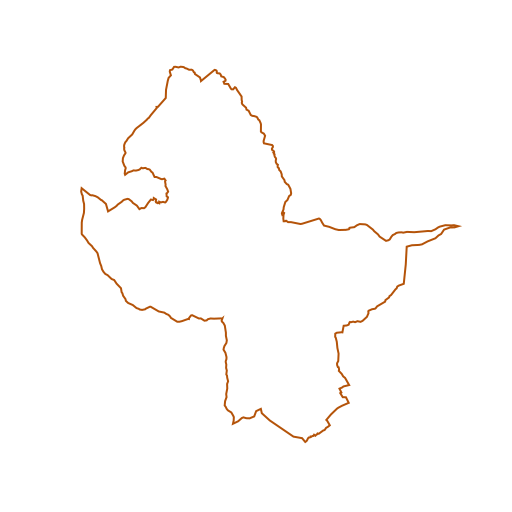 the district of Panaci, Suceava, Romania, rotated 196°
{"feature_id": "2599482B10170445838699", "entity_name": "Panaci", "entity_type": "district", "adm_level": 2, "iso_a3": "ROU", "parent_name": "Romania", "parent_adm1": "Suceava", "projection": "orthographic", "projection_center": [25.439, 47.202], "detail": "fine", "context": "isolated", "style": "outline", "palette": "amber", "viewbox_px": 512, "rotation_deg": 196, "n_neighbors": 0, "source": "geoboundaries", "source_scale": "gbopen_adm2", "svg_char_len": 6112}
<svg xmlns="http://www.w3.org/2000/svg" viewBox="0 0 512 512"><g transform="rotate(196 256 256)"><path d="M347.1,423.5L357.1,409.0L357.5,409.9L359.1,412.2L364.8,414.1L365.5,415.4L366.4,415.5L367.5,416.7L368.4,417.2L369.4,417.3L371.7,416.6L374.4,417.1L375.7,417.0L377.4,417.6L378.1,417.6L380.6,417.2L382.4,415.9L385.6,415.7L386.9,415.2L387.8,412.2L389.9,410.9L389.7,409.4L387.6,406.2L389.1,403.2L389.1,400.1L388.3,391.0L386.3,383.0L391.4,372.3L392.7,371.9L392.2,370.9L396.0,362.3L397.1,359.2L398.0,358.2L398.4,357.1L401.0,352.9L406.0,346.1L406.9,344.5L407.4,343.1L408.5,338.7L411.4,333.9L412.2,331.0L413.0,329.3L413.2,327.8L413.3,326.2L412.8,324.3L412.4,323.8L412.3,322.6L411.7,321.4L409.9,319.4L409.8,318.8L410.6,316.3L410.9,313.4L410.2,310.1L407.4,306.4L405.8,305.2L405.4,304.2L405.5,302.6L404.9,299.0L404.2,298.0L401.9,301.2L398.7,303.3L397.4,304.5L395.0,305.0L392.8,306.2L391.7,307.1L390.5,309.2L388.9,309.1L387.7,309.8L386.4,310.2L384.4,309.6L383.2,309.9L381.9,309.7L379.8,308.1L378.4,307.6L375.3,304.0L373.5,304.5L368.2,303.8L367.3,304.0L365.4,305.1L363.7,303.7L364.0,302.9L363.8,302.2L362.6,299.8L362.3,298.3L359.8,295.8L358.2,293.6L358.9,291.8L359.3,291.4L358.3,288.7L356.8,288.2L356.7,287.8L356.8,285.5L357.5,283.2L358.1,282.4L360.3,282.4L362.2,281.3L364.0,281.5L363.6,280.0L365.1,280.2L365.3,279.7L366.8,280.0L366.9,280.5L367.4,280.7L367.6,282.8L370.2,283.5L370.0,282.5L370.4,281.4L372.6,281.3L374.3,277.3L375.8,272.4L376.8,271.1L379.4,270.5L381.0,268.9L384.4,271.6L389.0,273.1L390.6,274.3L392.7,275.1L394.0,275.6L395.3,275.5L398.2,273.7L399.0,272.9L400.1,271.0L403.1,267.3L403.8,265.8L405.1,264.0L410.5,258.1L414.6,264.7L419.8,267.2L420.3,267.1L424.3,268.8L426.9,269.3L430.0,269.3L431.0,268.9L432.3,268.9L442.3,273.1L441.8,269.7L440.3,267.2L439.3,266.3L437.3,261.5L435.6,258.6L434.2,254.0L433.3,250.0L433.1,242.8L432.7,240.1L429.7,229.4L429.3,228.8L425.7,226.7L422.6,224.3L420.6,222.4L416.3,220.2L414.9,218.9L410.7,216.3L409.1,215.0L403.9,206.1L402.0,203.7L400.4,200.8L398.3,198.8L395.9,197.2L393.4,196.7L388.5,194.1L385.7,193.8L382.4,191.0L376.9,187.8L375.2,184.2L374.1,183.3L372.8,181.2L369.6,178.6L368.7,177.0L366.0,175.6L360.9,174.9L356.5,173.0L354.1,172.9L353.1,172.5L350.6,172.8L347.9,174.2L347.3,175.1L344.0,178.0L343.3,178.2L334.2,175.9L328.5,176.3L326.4,175.6L324.0,175.3L321.9,174.2L320.8,173.1L313.6,171.1L311.5,171.7L309.2,173.0L303.9,176.8L303.1,176.9L303.3,177.8L302.1,180.9L301.1,181.5L293.7,180.2L291.8,180.8L287.7,179.6L285.7,180.5L284.8,182.0L282.5,183.4L279.0,184.2L272.4,186.4L271.3,186.5L271.1,186.8L271.2,184.2L270.3,183.3L269.0,182.7L266.8,180.5L263.8,174.0L262.9,170.9L260.8,166.9L260.5,164.2L261.5,160.9L261.6,158.7L261.4,157.0L258.7,154.5L256.5,150.7L256.0,148.7L256.1,146.6L255.9,145.8L254.6,143.4L253.9,140.2L252.5,137.9L251.9,134.0L250.9,133.0L250.1,131.0L248.3,127.9L248.5,125.0L247.1,120.7L246.6,115.1L245.4,112.2L245.7,108.0L244.9,103.7L243.4,102.5L242.1,101.0L240.5,99.9L236.6,98.8L233.9,96.2L232.9,95.0L232.1,91.7L231.9,88.4L227.6,92.2L225.0,96.3L223.6,97.4L220.6,97.4L217.4,98.2L213.5,101.3L213.1,106.9L209.2,110.4L207.1,106.5L197.4,101.7L170.2,92.7L161.5,93.6L157.4,90.8L156.4,92.1L156.0,93.5L155.8,95.0L155.2,96.1L154.3,96.4L153.5,97.1L153.6,97.5L153.0,97.5L152.1,98.6L151.2,98.9L150.9,100.2L149.4,99.6L148.6,101.1L148.1,101.4L147.9,102.4L146.7,102.4L143.3,106.8L142.1,107.6L141.2,110.2L139.9,111.5L138.4,113.6L142.0,117.1L143.2,117.8L140.3,124.3L136.0,131.7L135.0,132.9L132.0,135.8L126.4,140.4L130.6,145.0L133.7,144.2L137.2,147.4L136.3,148.3L139.2,151.5L136.9,153.4L136.0,154.7L130.9,157.6L136.8,163.4L139.0,164.3L141.1,166.3L144.7,168.4L144.9,170.0L145.9,171.8L146.7,171.8L148.0,173.6L148.5,175.2L148.0,177.7L149.7,184.9L152.4,190.0L154.7,195.8L156.8,199.4L157.6,200.1L158.4,203.2L157.2,204.5L152.7,206.3L151.9,206.4L152.5,213.1L149.7,214.2L148.0,215.5L147.8,218.0L147.5,218.5L146.5,218.5L144.5,219.7L142.5,219.7L140.5,221.3L137.4,221.5L135.7,223.0L132.6,228.1L132.1,232.0L132.8,233.7L132.7,234.4L129.8,236.8L127.1,238.1L126.6,238.7L125.7,241.0L119.3,247.7L119.4,249.3L116.7,252.8L116.6,254.3L115.4,255.7L112.7,262.5L111.9,263.6L111.8,265.5L110.6,266.9L106.3,270.0L109.7,289.1L113.7,306.5L109.1,309.3L102.3,311.6L99.7,312.9L95.0,317.4L88.4,322.5L86.2,326.1L84.1,328.2L82.5,333.2L77.3,336.9L73.1,338.2L69.7,340.4L74.2,340.2L76.5,339.3L82.5,337.8L87.4,334.9L88.7,333.8L90.9,331.1L94.4,328.2L97.7,327.4L110.4,322.5L117.5,320.8L120.9,319.0L122.6,318.9L125.5,317.9L127.5,316.8L128.5,315.4L130.3,313.8L131.2,311.8L132.0,308.8L133.1,307.6L135.2,306.4L142.5,308.7L144.7,310.4L149.2,312.4L150.9,313.6L157.9,316.4L159.7,316.5L165.1,315.3L167.4,313.4L169.5,310.8L173.5,309.1L174.0,308.5L173.8,307.8L174.1,307.3L176.9,305.9L183.5,303.8L187.2,303.6L193.7,304.2L199.0,304.0L201.6,306.3L203.5,308.3L204.6,309.1L205.8,309.4L220.6,299.7L222.1,299.0L231.7,298.2L234.5,297.4L236.8,298.2L237.3,297.9L237.6,297.4L239.0,297.0L240.1,299.6L240.9,303.2L240.8,305.1L241.5,305.4L242.0,305.1L241.8,303.4L242.1,302.9L242.8,303.9L242.9,304.5L242.4,308.3L242.8,310.6L242.7,316.0L241.2,318.5L240.7,322.7L239.4,324.4L239.5,326.0L241.4,330.0L243.5,332.2L244.7,333.4L246.2,333.6L247.5,334.4L248.8,335.2L249.6,336.8L253.1,339.6L253.8,341.6L255.6,344.1L257.4,345.1L258.2,346.7L259.5,347.2L260.1,348.6L260.1,349.7L261.7,350.4L262.9,351.8L263.4,353.6L263.4,354.8L263.9,355.6L265.1,356.4L266.0,357.7L266.1,358.7L266.5,359.2L267.0,359.2L267.2,360.1L267.6,360.2L267.2,360.8L267.3,361.2L267.8,361.7L269.0,362.2L269.3,362.1L270.0,362.7L270.3,363.6L269.8,365.5L270.1,366.4L271.1,367.1L279.4,366.5L280.1,367.6L280.4,368.9L280.4,374.1L282.2,375.8L284.9,376.4L285.6,377.0L287.5,383.9L288.1,384.9L290.2,387.4L291.4,387.8L292.9,389.4L293.7,389.9L296.2,390.0L298.2,389.7L299.9,390.1L303.1,393.6L305.5,394.1L306.4,395.8L310.9,398.0L311.9,399.3L311.9,400.5L312.8,402.1L313.8,405.3L319.9,410.3L321.6,412.1L322.8,412.4L323.9,409.9L325.3,409.5L326.2,409.9L330.1,413.7L333.9,412.8L335.2,414.5L333.6,416.1L333.8,417.1L334.7,418.0L336.3,419.1L338.9,419.1L340.0,420.7L341.3,421.5L343.0,421.1L344.1,421.2L344.4,421.7L344.6,422.8L345.1,423.3L346.0,423.6L347.1,423.5Z" fill="none" stroke="#b45309" stroke-width="2"/></g></svg>